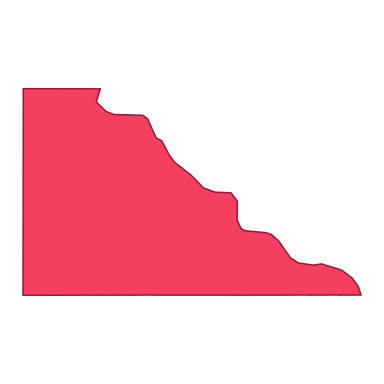 Gregory, South Dakota, United States of America (Natural Earth projection)
{"feature_id": "52423323B73461456201611", "entity_name": "Gregory", "entity_type": "district", "adm_level": 2, "iso_a3": "USA", "parent_name": "United States of America", "parent_adm1": "South Dakota", "projection": "natural_earth1", "projection_center": [-99.031, 43.249], "detail": "fine", "context": "isolated", "style": "filled", "palette": "rose", "viewbox_px": 384, "rotation_deg": 0, "n_neighbors": 0, "source": "geoboundaries", "source_scale": "gbopen_adm2", "svg_char_len": 908}
<svg xmlns="http://www.w3.org/2000/svg" viewBox="0 0 384 384"><path d="M23.3,88.7L23.0,295.2L36.0,295.2L37.2,295.2L42.5,295.2L43.5,295.3L68.2,295.2L75.2,295.2L76.2,295.2L77.0,295.2L84.0,295.1L103.3,295.2L111.6,295.1L114.3,295.2L120.8,295.1L133.6,295.2L144.7,295.0L148.0,295.1L151.9,295.0L153.0,295.1L170.6,295.1L171.2,295.1L190.0,295.1L197.2,295.1L209.7,295.1L223.7,295.1L228.9,295.1L230.0,295.2L254.8,295.1L262.2,295.1L274.2,295.1L281.4,295.1L306.4,295.0L307.1,295.1L338.0,295.0L339.3,295.1L361.0,295.0L358.3,286.5L352.3,278.2L341.7,270.1L321.7,263.9L313.1,265.1L298.3,262.9L290.4,257.8L278.7,241.1L271.2,234.3L265.7,232.6L245.1,230.8L241.1,228.7L237.2,220.3L237.2,201.1L231.0,192.8L215.0,192.2L203.4,187.8L190.7,174.8L174.7,162.4L169.2,154.8L161.8,140.9L156.1,137.8L147.5,118.7L142.8,115.3L114.0,114.5L105.9,111.4L96.3,101.9L100.3,88.8L23.3,88.7Z" fill="#f43f5e" stroke="#9f1239" stroke-width="1.5"/></svg>